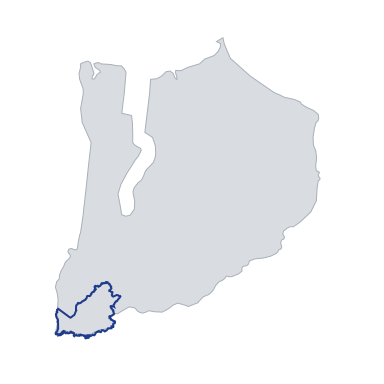 Saraya, Kédougou, Senegal shown in context, rotated 96°
{"feature_id": "50182788B8770711358016", "entity_name": "Saraya", "entity_type": "district", "adm_level": 2, "iso_a3": "SEN", "parent_name": "Senegal", "parent_adm1": "Kédougou", "projection": "robinson", "projection_center": [-11.845, 12.924], "detail": "fine", "context": "in_parent", "style": "outline", "palette": "blue", "viewbox_px": 384, "rotation_deg": 96, "n_neighbors": 0, "source": "geoboundaries", "source_scale": "gbopen_adm2", "svg_char_len": 8789}
<svg xmlns="http://www.w3.org/2000/svg" viewBox="0 0 384 384"><g transform="rotate(96 192 192)"><path d="M301.4,174.3L306.2,183.6L305.1,188.1L304.0,194.6L306.7,199.3L309.9,202.4L312.1,205.3L314.6,209.2L315.0,217.0L314.6,222.6L316.2,225.1L317.6,228.4L317.3,231.0L316.4,233.4L313.4,236.5L312.8,242.4L317.8,249.4L320.9,253.3L320.9,255.5L321.8,257.9L324.1,260.7L325.6,260.1L327.1,257.8L327.8,256.2L332.1,256.9L334.1,257.6L336.8,262.2L337.8,265.3L338.5,269.2L341.3,274.0L343.8,277.4L344.3,279.5L346.5,282.4L345.1,288.7L345.3,292.0L343.8,300.6L343.5,304.6L343.6,306.1L346.9,309.2L346.6,313.5L343.2,312.7L337.2,312.2L325.3,314.5L321.2,313.5L313.4,313.9L307.9,315.1L300.8,317.9L295.3,317.2L292.4,315.0L288.5,315.1L284.1,314.0L279.4,311.8L275.1,310.7L270.5,306.8L268.3,306.1L266.8,307.1L265.6,308.4L264.2,309.2L261.7,308.5L260.8,305.9L261.6,303.3L261.8,301.3L260.6,300.2L257.8,299.9L253.3,299.9L245.9,299.1L244.3,298.6L227.8,297.9L210.8,297.8L196.4,297.7L178.2,297.7L165.4,297.6L153.4,297.5L144.2,302.8L134.2,308.5L120.7,311.5L105.2,310.4L100.3,311.2L95.2,313.8L91.4,315.6L86.1,316.7L79.2,315.8L76.4,316.4L74.7,313.8L72.7,309.5L74.0,306.5L78.2,304.5L84.5,301.9L87.8,303.2L89.8,303.3L90.1,301.6L89.5,300.7L84.8,298.5L82.3,295.5L80.2,297.2L78.5,300.9L77.0,302.0L74.8,303.0L73.6,300.5L73.1,298.1L74.1,296.2L73.7,285.8L74.3,280.2L74.0,275.3L77.0,272.1L79.8,270.1L90.9,269.9L101.1,269.7L111.0,269.9L121.1,270.0L122.2,260.2L125.4,259.4L130.1,258.4L139.0,257.2L149.0,256.1L151.1,254.2L152.7,250.9L153.8,248.0L155.8,246.8L158.6,247.8L162.3,249.3L166.0,251.7L170.3,253.8L173.2,255.2L180.1,258.7L191.9,263.5L201.7,265.4L213.4,261.9L221.9,259.6L223.0,255.4L221.7,251.3L215.3,247.6L206.8,248.0L204.1,249.0L200.1,250.2L197.7,250.7L193.6,249.9L188.5,246.6L185.3,243.4L180.8,241.8L175.4,240.3L166.8,233.6L162.3,232.4L158.1,232.0L149.9,233.3L141.9,236.9L137.7,245.1L129.7,245.0L112.7,244.7L97.2,244.5L84.3,245.0L83.1,239.1L80.0,234.4L75.1,230.4L74.0,226.6L75.7,223.4L80.5,220.7L81.6,218.8L79.1,219.1L75.3,220.8L72.8,220.9L72.5,215.7L68.4,209.1L63.7,197.8L58.4,193.2L53.9,184.1L49.2,180.6L44.9,178.9L41.3,179.3L39.9,183.4L35.3,177.4L41.6,175.3L55.1,167.8L70.6,146.2L84.5,120.8L86.4,114.7L88.1,110.2L89.3,99.8L91.3,93.5L93.1,92.4L95.5,87.6L98.4,79.3L101.6,74.6L105.2,73.7L107.9,74.1L109.9,75.8L115.7,76.9L125.3,77.3L132.8,76.1L138.1,73.2L145.0,71.7L153.5,71.7L158.0,70.5L158.5,68.1L159.6,67.3L161.4,68.3L163.1,67.9L164.7,66.2L166.2,66.1L167.8,67.6L174.9,68.0L187.7,67.4L199.5,71.8L210.3,81.1L215.9,87.4L216.2,90.5L218.0,93.6L221.2,96.8L224.2,97.4L226.9,95.4L229.0,95.6L230.5,98.0L233.6,98.5L237.0,97.0L239.5,97.6L239.9,99.0L240.5,99.8L242.1,100.1L244.4,102.0L247.5,106.9L250.1,113.8L252.0,122.7L254.6,127.6L257.8,128.3L259.7,130.2L260.1,132.3L261.0,133.7L262.6,134.5L265.3,134.0L268.5,137.0L272.0,143.6L272.5,146.5L272.0,148.1L272.2,149.2L274.5,150.3L276.6,152.5L278.4,155.7L282.2,158.5L288.1,161.0L292.3,164.7L294.9,169.7L300.3,173.9L301.4,174.3Z" fill="#d9dde1" stroke="#a8b0b8" stroke-width="1"/><path d="M303.3,252.3L302.9,252.7L303.0,253.0L303.0,253.5L302.8,254.4L302.6,254.5L302.3,255.0L302.4,255.5L302.3,256.1L303.9,258.8L304.3,259.4L303.8,260.4L303.3,260.7L302.8,260.7L302.6,261.0L301.8,260.7L301.0,260.8L300.0,260.6L299.8,260.9L299.8,262.1L299.5,262.5L299.1,262.9L299.1,263.7L299.1,263.9L298.7,264.0L298.4,264.0L297.8,263.0L297.4,262.9L296.5,262.1L296.1,262.1L295.0,262.7L294.4,262.5L294.2,262.9L294.2,263.2L293.8,263.3L293.6,263.4L293.4,263.5L293.2,263.7L293.0,263.8L292.9,264.0L292.7,264.0L292.4,264.3L292.4,264.5L292.2,264.5L292.2,265.0L291.8,265.5L291.5,265.5L291.2,267.0L290.8,267.3L290.9,267.5L290.6,267.8L290.5,267.7L290.5,268.0L291.0,268.1L291.2,268.4L291.6,268.4L291.6,268.6L291.5,268.9L291.8,269.2L291.7,269.7L291.9,269.8L292.1,270.4L291.9,270.9L292.3,271.2L292.2,271.6L292.4,271.6L292.6,271.7L292.4,272.2L292.4,272.4L293.2,272.7L293.8,273.1L294.1,273.0L294.8,273.3L295.5,274.2L295.4,274.8L295.5,275.0L295.3,275.5L295.6,275.5L295.4,275.8L295.7,276.3L295.7,276.9L295.7,277.2L295.9,277.6L295.8,277.8L295.5,277.8L295.4,278.3L296.2,279.0L296.3,279.0L297.1,278.8L297.6,278.4L298.0,278.4L298.3,277.9L298.8,277.5L299.0,277.7L299.3,278.4L299.6,278.3L299.8,278.7L300.2,278.6L300.3,278.9L300.8,278.8L301.1,278.9L301.4,279.0L301.5,279.2L301.5,279.4L301.6,279.9L301.9,280.0L302.1,280.6L302.5,280.8L302.9,281.3L303.1,281.4L304.1,281.4L304.3,281.7L304.3,281.9L304.5,282.0L305.2,282.0L305.7,282.2L306.3,282.9L306.2,284.3L306.3,284.8L306.6,285.5L307.4,285.6L308.5,285.7L309.0,285.9L309.3,286.5L310.0,286.5L310.4,286.8L310.8,287.5L310.9,287.8L311.0,287.9L311.3,288.0L311.8,289.0L312.2,289.3L312.3,289.6L312.2,289.6L312.5,290.0L313.0,290.3L313.3,290.6L313.7,290.8L313.9,291.1L314.0,291.6L314.4,292.0L314.5,292.8L314.9,293.4L314.3,293.7L314.4,293.9L314.8,293.9L315.5,294.3L316.2,294.6L316.7,295.2L317.1,295.3L319.0,295.3L320.9,295.0L321.4,295.1L321.8,294.9L322.0,294.7L322.5,295.0L326.1,296.0L326.9,296.4L327.3,297.2L327.8,297.6L329.4,299.3L329.7,299.8L329.0,301.2L322.3,312.6L322.5,312.6L322.6,313.0L322.9,313.5L323.2,313.6L323.3,313.9L323.5,313.9L324.1,313.5L324.3,313.6L325.0,313.6L325.2,313.8L325.4,313.5L325.6,313.4L325.9,313.7L326.0,313.9L326.3,313.9L327.0,314.0L327.4,314.5L327.8,314.5L328.2,314.3L329.1,314.3L329.4,314.3L329.9,313.7L330.1,313.6L330.7,313.7L330.9,313.6L331.3,313.4L331.8,312.7L332.2,312.5L332.4,312.3L332.9,312.0L333.4,312.0L334.3,311.7L334.5,311.7L334.8,312.0L335.0,312.1L335.4,311.8L335.8,311.9L336.4,311.5L338.8,311.2L339.1,311.2L342.0,310.8L342.7,311.2L343.2,311.2L343.7,311.4L344.3,311.3L344.5,311.5L345.0,311.6L345.7,312.2L345.9,312.6L346.1,312.7L347.1,312.7L347.3,312.7L347.7,312.5L347.8,311.7L347.5,311.5L347.4,311.3L347.4,310.8L347.3,310.6L347.7,310.4L347.8,310.5L348.1,310.2L348.2,309.9L348.5,309.9L348.4,309.7L348.5,309.5L348.4,309.2L348.0,309.0L348.3,308.3L348.0,307.5L347.8,307.3L347.6,307.5L347.4,308.2L347.5,308.7L347.4,308.9L347.2,308.8L346.9,308.3L347.1,307.3L347.0,306.6L346.3,306.4L346.6,306.1L346.6,305.8L346.5,305.7L346.0,305.6L345.8,305.4L345.6,305.5L345.4,305.9L345.5,306.5L345.4,306.7L344.6,306.3L344.6,305.4L344.3,305.0L344.1,305.1L343.8,305.4L343.6,305.2L343.9,304.0L344.9,304.1L345.1,304.0L345.8,302.7L345.4,302.2L344.9,301.8L344.7,301.5L344.9,301.0L345.4,300.8L345.6,300.5L345.5,300.0L345.3,299.9L345.2,299.1L344.8,298.4L344.4,298.5L343.8,298.4L343.6,298.2L343.5,297.8L343.6,297.6L343.9,297.4L344.0,297.2L344.1,296.1L344.3,296.1L344.4,296.5L344.7,296.4L344.7,295.5L344.7,294.7L346.1,294.6L346.8,294.7L347.4,294.5L347.6,294.2L346.9,294.0L346.8,293.7L347.0,293.4L347.0,293.0L346.6,292.4L346.2,292.3L346.0,292.1L346.1,291.9L346.8,291.7L346.9,290.3L346.5,289.8L346.8,288.8L346.7,288.7L346.4,289.0L345.8,289.0L345.8,288.3L345.4,287.8L345.5,287.6L346.1,287.2L346.2,286.8L345.8,286.5L345.7,286.0L345.9,285.3L346.6,284.4L346.5,284.2L346.1,284.1L345.9,284.0L345.9,283.6L346.1,283.0L346.4,282.9L346.5,283.3L347.0,283.1L347.7,283.0L348.5,282.8L348.7,282.3L348.2,281.6L348.1,281.3L348.1,280.2L347.7,279.5L347.3,279.4L346.8,279.4L347.0,280.4L346.8,280.9L346.4,281.0L346.2,280.7L345.8,280.5L345.6,280.7L345.4,280.8L345.4,280.5L345.6,280.0L345.2,279.4L345.2,279.0L345.4,278.9L346.1,278.8L346.2,278.6L346.0,278.1L345.2,277.8L345.4,276.9L345.0,276.7L344.6,276.1L344.2,275.7L344.2,275.3L344.7,274.8L344.7,274.2L344.2,273.9L343.8,273.4L342.5,273.4L342.1,273.2L341.9,272.6L341.8,272.4L341.2,272.1L341.0,271.0L340.8,270.7L340.2,270.5L340.0,270.0L340.0,269.8L340.7,269.1L341.0,268.3L340.9,268.0L340.6,267.7L339.2,267.5L338.8,267.1L338.8,266.7L338.9,265.5L339.6,264.6L339.8,264.1L339.2,263.7L338.8,263.2L338.8,262.6L338.7,262.4L337.5,262.0L337.0,261.3L336.3,261.1L336.5,260.4L336.1,259.4L336.1,258.1L336.0,257.8L335.8,257.8L335.4,258.0L334.9,258.1L334.0,258.0L334.0,257.8L334.5,257.0L334.6,256.7L334.5,256.2L334.0,256.1L333.4,256.2L332.5,256.6L331.8,256.5L331.2,256.5L331.1,256.3L331.0,255.7L330.7,255.1L329.3,254.9L328.8,255.1L328.5,255.4L328.7,256.6L328.3,256.9L328.2,257.3L327.8,257.8L327.4,259.4L327.3,259.5L326.5,259.5L326.3,259.6L326.1,259.9L326.0,260.7L325.9,261.0L324.4,261.2L324.1,261.0L324.0,260.8L324.3,260.2L324.2,259.8L323.8,259.7L323.3,258.6L322.6,258.1L322.1,257.1L321.5,256.9L321.3,256.7L320.8,256.9L320.4,257.3L319.9,257.5L319.3,257.5L319.1,257.8L318.7,258.0L318.2,257.8L317.9,257.9L317.5,258.3L317.4,258.7L317.0,259.2L316.7,259.4L316.3,259.9L316.1,259.9L315.9,260.2L315.3,260.2L314.9,260.9L314.7,261.0L314.0,260.9L314.0,260.4L313.8,260.1L314.0,259.7L314.2,259.2L314.0,258.9L314.0,258.4L314.1,257.8L314.2,257.6L313.4,258.0L313.1,258.1L312.9,258.3L312.7,258.3L312.4,258.0L312.2,258.0L311.9,257.6L311.3,257.5L311.0,257.5L310.6,257.2L310.1,257.2L309.8,256.8L309.3,256.3L308.8,256.3L308.6,256.0L308.4,255.7L308.3,255.2L308.0,254.9L307.2,254.7L305.6,253.6L305.4,253.4L304.3,252.7L304.1,252.8L303.6,252.4L303.3,252.3Z" fill="none" stroke="#1e3a8a" stroke-width="2"/></g></svg>